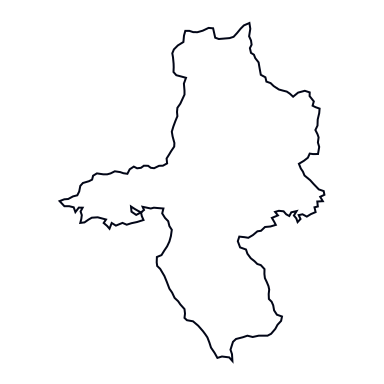 the district of Capivari, São Paulo, Brazil
{"feature_id": "56859067B25592113050406", "entity_name": "Capivari", "entity_type": "district", "adm_level": 2, "iso_a3": "BRA", "parent_name": "Brazil", "parent_adm1": "São Paulo", "projection": "mercator", "projection_center": [-47.486, -22.987], "detail": "fine", "context": "isolated", "style": "outline", "palette": "ink", "viewbox_px": 384, "rotation_deg": 0, "n_neighbors": 0, "source": "geoboundaries", "source_scale": "gbopen_adm2", "svg_char_len": 3275}
<svg xmlns="http://www.w3.org/2000/svg" viewBox="0 0 384 384"><path d="M309.7,92.4L304.8,90.8L298.1,92.6L293.1,96.7L289.9,93.7L286.8,91.6L282.9,90.6L278.9,89.5L273.7,86.1L270.6,83.1L266.4,81.6L265.4,77.3L260.8,74.8L259.5,67.7L258.6,62.4L255.3,58.2L253.9,54.7L251.0,52.9L249.9,48.1L251.6,44.7L251.0,40.5L249.1,36.3L250.3,28.8L249.4,23.0L243.9,25.4L240.7,28.6L237.1,33.0L233.6,36.8L229.6,38.1L218.8,39.0L215.2,37.7L213.1,28.3L208.6,27.9L202.7,30.7L197.4,32.2L193.1,32.1L189.5,30.9L185.3,30.9L184.0,35.6L183.4,42.0L177.9,45.4L173.9,49.4L172.3,53.3L173.0,57.3L173.6,63.7L173.7,67.3L173.5,72.0L176.3,75.2L181.2,76.5L186.0,77.8L183.9,83.6L184.5,90.8L184.5,94.6L180.3,103.7L177.4,107.8L177.0,112.0L177.4,116.2L175.4,121.0L173.4,126.4L171.8,131.7L172.6,136.4L174.4,143.0L174.2,146.6L171.1,151.2L169.2,154.4L166.6,158.5L167.1,163.4L162.9,165.7L159.1,165.8L154.1,168.2L150.8,167.8L148.1,165.8L143.9,165.7L141.0,167.8L137.1,168.3L133.8,166.6L129.7,169.3L127.4,173.8L123.3,173.2L120.2,172.1L114.8,171.3L110.6,173.4L107.3,174.3L103.1,174.3L96.9,173.4L93.1,175.7L92.1,179.6L89.0,181.2L82.9,183.0L80.3,185.9L79.2,191.5L77.3,195.3L73.0,196.4L68.2,199.0L64.3,199.3L59.6,201.1L64.4,206.2L69.2,206.2L73.7,207.3L75.4,212.1L78.8,207.6L82.6,207.7L80.6,211.5L81.8,215.1L81.3,218.9L80.3,222.9L84.5,222.4L88.5,219.6L91.8,217.7L97.7,217.3L106.0,219.5L103.7,223.0L107.1,225.9L109.5,228.7L111.7,223.0L115.9,225.6L122.5,222.9L126.7,224.7L131.5,223.2L137.1,222.0L143.5,220.0L141.8,216.1L141.0,212.4L144.0,210.0L142.6,206.8L150.8,208.5L153.9,207.7L158.4,208.1L163.4,208.5L162.2,213.4L165.0,217.9L168.2,221.2L169.4,226.1L171.8,229.8L170.9,236.1L169.4,241.5L167.1,246.4L164.2,250.7L161.5,255.1L156.9,257.0L156.7,262.4L157.2,266.0L160.2,268.9L164.4,276.0L166.9,282.1L169.4,288.7L172.1,292.6L174.6,297.9L178.2,301.3L180.3,304.4L184.5,309.1L185.0,313.6L184.5,317.9L186.9,320.2L193.0,321.3L198.2,325.7L203.0,331.2L205.3,334.3L207.4,337.4L209.4,342.6L211.0,347.6L214.6,352.9L217.4,357.9L222.0,356.5L229.2,357.4L232.4,361.0L232.0,354.2L230.5,349.7L233.0,341.8L236.0,339.0L243.0,337.2L247.4,335.7L252.7,337.0L258.6,335.7L264.2,335.7L267.5,335.7L271.1,333.8L275.3,328.9L277.5,324.8L281.1,320.9L282.0,316.5L276.9,314.7L274.1,310.4L273.2,305.3L271.6,301.7L268.9,299.0L268.7,294.0L269.2,289.6L268.5,286.2L266.8,282.1L264.9,278.1L264.4,274.0L264.5,269.1L260.8,265.1L257.3,264.0L254.5,261.2L250.8,258.3L247.4,253.7L246.0,249.5L240.1,247.4L237.8,241.2L239.3,236.6L244.7,237.2L248.3,237.8L252.9,235.1L257.4,231.3L261.0,230.8L265.0,227.0L270.4,226.5L275.8,224.9L274.2,221.8L271.9,217.9L277.9,215.4L275.1,211.9L278.8,210.8L283.6,211.3L286.2,214.3L289.3,216.0L291.3,212.3L296.6,211.1L293.9,215.5L296.3,218.4L297.6,222.1L300.5,219.0L298.7,215.1L302.5,214.3L306.8,216.6L310.9,214.1L315.6,212.1L314.5,207.3L317.8,206.5L317.3,201.5L322.8,201.2L320.2,196.8L324.4,194.8L323.7,191.1L318.8,189.4L313.6,184.0L310.2,180.2L304.5,175.5L302.9,171.6L300.8,168.5L298.9,163.8L303.9,160.8L307.9,157.7L309.7,153.6L313.1,154.1L318.0,154.0L319.2,146.9L317.9,142.5L318.6,137.4L317.5,134.2L315.4,130.0L317.5,125.6L317.7,119.5L319.2,113.2L319.6,108.6L315.6,107.2L312.6,105.7L313.8,101.4L309.6,96.1L309.7,92.4ZM141.0,212.4L136.2,214.9L131.5,211.7L131.0,206.5L134.8,209.0L138.1,210.9L141.0,212.4Z" fill="none" stroke="#020617" stroke-width="2"/></svg>